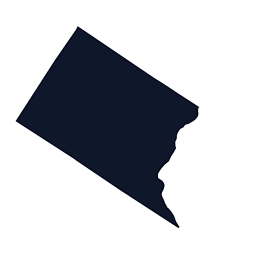 outline of Carroll, Illinois, United States of America, rotated 214°
{"feature_id": "52423323B13226465983213", "entity_name": "Carroll", "entity_type": "district", "adm_level": 2, "iso_a3": "USA", "parent_name": "United States of America", "parent_adm1": "Illinois", "projection": "albers", "projection_center": [-90.126, 42.064], "detail": "fine", "context": "isolated", "style": "filled", "palette": "ink", "viewbox_px": 256, "rotation_deg": 214, "n_neighbors": 0, "source": "geoboundaries", "source_scale": "gbopen_adm2", "svg_char_len": 879}
<svg xmlns="http://www.w3.org/2000/svg" viewBox="0 0 256 256"><g transform="rotate(214 128 128)"><path d="M224.3,71.6L155.0,73.0L153.0,72.8L98.6,72.8L30.2,74.0L36.2,76.7L41.2,80.3L45.2,82.1L49.4,83.3L51.1,83.4L55.8,85.9L59.1,88.2L61.6,89.6L63.6,91.3L64.2,92.7L64.6,94.2L64.9,96.9L66.1,100.3L67.3,101.5L69.5,102.5L70.4,102.6L75.5,102.7L76.5,103.8L78.0,106.2L78.3,107.5L78.5,110.5L78.4,113.6L77.8,118.3L76.3,123.3L77.1,128.7L77.2,133.6L77.5,137.3L77.8,138.0L79.2,139.1L80.6,141.1L81.5,142.1L81.7,142.6L82.0,143.8L82.2,145.4L82.5,146.5L83.9,148.6L84.7,151.1L85.0,153.5L84.9,156.5L83.2,159.8L83.1,162.6L82.4,163.9L80.8,165.6L78.2,170.9L77.6,173.1L77.3,176.1L77.7,177.7L78.6,179.4L79.8,180.5L81.1,182.7L81.4,183.5L81.4,184.4L108.7,183.9L123.0,183.8L132.2,183.5L135.1,183.4L225.8,183.5L225.4,180.5L225.8,143.7L224.3,71.6Z" fill="#0f172a" stroke="#020617" stroke-width="1.5"/></g></svg>